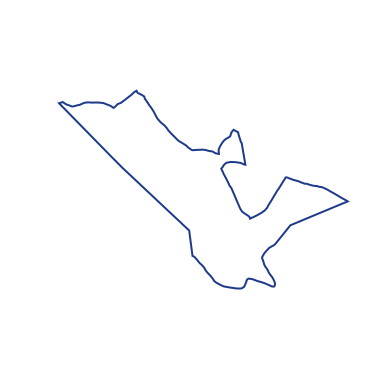 Jacmel, Anse-la-Raye, Saint Lucia, rotated 196°
{"feature_id": "8701671B80977223747238", "entity_name": "Jacmel", "entity_type": "district", "adm_level": 2, "iso_a3": "LCA", "parent_name": "Saint Lucia", "parent_adm1": "Anse-la-Raye", "projection": "albers", "projection_center": [-61.014, 13.948], "detail": "fine", "context": "isolated", "style": "outline", "palette": "blue", "viewbox_px": 384, "rotation_deg": 196, "n_neighbors": 0, "source": "geoboundaries", "source_scale": "gbopen_adm2", "svg_char_len": 4201}
<svg xmlns="http://www.w3.org/2000/svg" viewBox="0 0 384 384"><g transform="rotate(196 192 192)"><path d="M87.1,123.7L86.9,124.2L86.7,125.0L86.7,125.4L86.7,125.9L86.8,126.4L86.9,126.8L87.3,127.4L88.3,128.9L90.4,131.3L91.6,132.3L92.4,132.9L93.1,133.4L96.0,135.7L97.3,137.4L98.9,138.9L101.2,140.7L102.9,142.6L103.7,144.1L104.7,145.5L106.4,147.7L106.5,148.5L106.6,148.8L105.7,152.7L104.5,155.5L102.4,159.5L100.2,161.9L98.9,163.1L97.8,164.5L88.2,187.2L39.7,225.9L41.0,226.3L44.6,227.1L50.5,228.6L55.9,230.0L59.5,230.8L62.9,231.7L65.4,232.1L67.9,232.4L68.9,232.4L70.0,232.3L71.5,232.0L73.2,232.2L75.8,231.7L77.0,231.5L79.2,231.4L82.3,231.4L83.5,231.6L84.8,231.3L86.1,231.0L87.6,231.2L90.0,231.3L92.4,231.7L96.3,231.6L99.5,231.7L102.8,232.0L104.5,232.2L105.9,231.9L106.1,231.2L106.7,229.0L106.8,228.7L107.3,227.3L107.4,226.8L109.3,219.9L110.5,216.5L111.1,214.1L111.7,212.2L112.3,209.8L112.7,208.1L113.4,205.5L113.7,204.4L114.8,200.7L115.5,197.3L115.8,196.8L116.4,195.6L116.9,194.4L117.1,194.2L119.7,190.9L123.1,187.5L126.3,184.6L128.9,182.4L129.2,183.0L129.6,183.6L130.1,183.9L130.3,184.1L131.7,184.7L132.9,185.1L134.2,185.4L136.5,186.2L137.0,186.4L138.3,186.9L139.0,187.4L139.5,187.9L140.3,188.6L141.2,189.5L141.7,190.0L143.2,191.9L145.1,194.2L146.8,196.3L154.3,205.5L155.2,206.6L157.6,208.4L159.7,210.9L160.2,211.4L161.7,213.1L163.6,215.1L166.2,217.7L166.9,218.6L168.1,220.0L170.3,222.4L169.1,225.3L169.1,226.0L168.2,227.8L167.6,228.7L167.0,229.5L166.0,230.1L165.1,230.5L163.4,231.4L163.0,231.5L162.4,231.7L157.9,232.8L154.9,233.1L153.8,233.4L153.0,233.3L151.3,233.1L149.9,232.9L148.7,232.8L148.2,232.9L157.7,252.7L158.9,253.7L160.5,256.2L162.6,259.3L163.7,261.1L164.0,262.1L169.2,263.2L169.7,262.1L170.4,260.6L170.6,258.5L170.6,256.8L170.8,255.7L173.0,253.3L174.0,252.4L174.7,251.4L175.6,249.9L176.6,247.4L177.2,245.1L177.8,242.6L178.0,240.0L177.8,239.0L177.1,237.4L176.6,236.0L180.0,235.7L181.8,236.1L182.8,236.5L183.2,236.6L184.6,236.4L187.8,236.1L190.4,236.1L193.4,235.7L195.2,235.0L197.5,234.3L200.1,233.4L201.9,232.7L203.1,232.3L204.5,232.5L208.4,233.9L210.5,235.1L214.6,236.3L218.8,237.4L220.9,238.4L224.5,240.5L227.5,242.1L231.7,244.7L234.0,246.6L236.5,248.2L241.6,250.5L245.3,252.9L248.0,255.5L249.4,257.1L251.7,259.4L254.5,261.8L257.0,263.6L259.3,265.7L259.7,266.0L260.2,266.4L261.4,267.4L261.9,267.9L263.1,268.6L263.6,269.8L264.4,270.7L265.0,270.9L267.6,271.6L270.1,272.0L271.8,272.4L272.7,273.6L273.3,274.0L274.2,273.0L274.6,272.6L274.8,272.3L275.1,272.1L276.6,269.4L276.8,269.2L277.2,268.5L279.7,265.1L281.5,262.6L283.0,260.6L284.9,258.1L287.3,256.3L287.6,256.1L288.1,255.3L288.8,253.9L290.0,251.9L290.5,251.3L291.1,251.3L292.5,251.9L293.9,252.3L295.3,252.5L297.1,252.6L298.9,252.8L300.7,253.0L301.9,253.0L304.4,252.6L306.7,252.2L309.5,251.4L313.0,250.3L314.8,249.9L316.8,249.5L318.8,248.6L320.2,248.0L322.8,245.8L324.4,244.5L325.9,243.9L328.1,242.5L329.8,241.5L331.2,241.1L332.9,241.3L333.6,241.4L334.6,241.4L337.3,241.6L341.1,242.8L341.7,242.4L344.3,240.7L279.4,203.8L265.6,196.1L184.1,154.2L173.9,130.7L173.0,130.6L172.7,130.6L171.9,130.2L170.8,129.8L169.8,129.0L169.2,128.7L167.9,127.9L167.6,127.6L166.5,126.8L166.1,126.5L165.0,125.8L164.7,125.6L162.5,124.6L161.6,123.9L161.1,123.7L159.4,122.7L158.7,121.8L157.9,121.1L157.5,120.6L156.7,119.9L155.5,119.1L154.5,118.5L153.7,118.0L151.0,116.5L149.7,115.5L148.8,114.9L148.6,114.8L148.2,114.5L146.9,113.3L146.3,112.6L145.9,112.5L144.8,112.1L144.3,111.8L143.9,111.6L139.9,110.7L139.4,110.6L139.2,110.5L137.9,110.4L137.4,110.3L136.3,110.1L135.6,110.1L135.3,110.0L134.3,110.1L133.5,110.2L130.3,110.5L129.1,110.7L128.6,110.7L127.4,110.9L123.7,111.4L122.8,111.5L121.0,112.0L119.5,112.3L118.8,112.6L118.2,112.9L117.7,113.2L117.2,113.5L116.3,114.7L115.8,115.2L115.7,115.9L115.4,117.4L115.1,119.9L115.0,120.9L115.1,121.9L115.0,122.3L114.8,123.2L114.3,123.8L113.6,124.4L113.3,124.4L112.7,124.5L112.3,124.6L112.0,124.6L110.9,124.8L110.5,124.8L110.1,124.9L109.2,124.8L108.3,124.8L107.6,124.7L105.1,124.5L103.2,124.4L102.6,124.5L101.5,124.5L101.2,124.5L99.7,124.4L97.6,124.4L96.8,124.3L95.7,124.2L94.9,124.1L93.7,123.9L91.3,123.6L89.9,123.3L89.6,123.3L88.6,123.3L87.8,123.5L87.4,123.7L87.1,123.7Z" fill="none" stroke="#1e3a8a" stroke-width="2"/></g></svg>